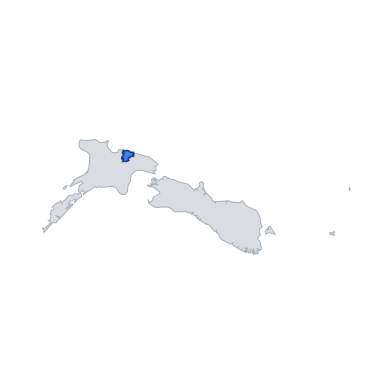 location of Central Hawke's Bay District, Hawke's Bay, New Zealand, rotated 255°
{"feature_id": "76426892B41441178851735", "entity_name": "Central Hawke's Bay District", "entity_type": "district", "adm_level": 2, "iso_a3": "NZL", "parent_name": "New Zealand", "parent_adm1": "Hawke's Bay", "projection": "equal_earth", "projection_center": [176.584, -40.056], "detail": "fine", "context": "in_parent", "style": "filled", "palette": "blue", "viewbox_px": 384, "rotation_deg": 255, "n_neighbors": 0, "source": "geoboundaries", "source_scale": "gbopen_adm2", "svg_char_len": 6063}
<svg xmlns="http://www.w3.org/2000/svg" viewBox="0 0 384 384"><g transform="rotate(255 192 192)"><path d="M198.9,160.6L200.4,160.7L207.0,155.6L209.8,154.5L210.5,154.3L209.1,155.9L209.4,157.0L207.9,160.5L209.2,159.9L210.0,157.5L210.9,157.0L210.5,155.7L214.5,156.1L213.2,158.6L211.1,160.0L212.4,160.1L215.5,157.6L215.4,159.0L211.5,163.2L212.8,165.5L211.8,167.4L212.9,167.2L214.4,168.6L213.6,170.5L209.3,175.3L208.7,177.8L204.9,182.0L200.8,189.9L193.0,194.9L194.5,196.3L191.8,198.2L194.0,197.9L195.6,200.9L199.0,201.8L199.4,204.6L197.1,205.4L194.9,204.1L191.7,204.6L192.7,203.5L191.3,202.7L189.0,205.1L185.5,202.2L187.5,205.5L180.8,209.3L178.0,209.6L177.0,211.6L175.4,211.8L176.4,212.4L174.5,222.7L172.6,222.6L174.4,223.8L174.2,224.8L172.0,227.8L169.2,235.6L170.4,237.4L170.3,238.7L164.7,240.7L156.7,249.9L149.3,251.2L145.0,250.2L140.1,250.8L139.2,248.2L137.4,246.8L133.0,246.9L130.8,244.0L128.9,243.3L126.8,244.8L119.9,244.5L118.6,244.1L118.3,243.0L120.8,240.1L118.5,241.7L117.4,241.5L118.4,240.2L118.2,239.0L115.4,240.2L115.5,237.7L121.7,236.0L119.2,235.8L119.0,234.9L121.3,233.0L118.1,233.2L118.5,231.0L120.3,231.0L119.6,229.3L123.4,231.0L122.8,229.5L124.2,229.0L121.6,227.9L121.4,226.2L122.7,225.0L124.4,225.5L123.2,224.1L126.2,221.2L127.0,223.4L127.1,220.3L130.8,217.3L132.5,218.5L131.7,215.7L138.0,208.7L141.6,206.8L143.6,207.2L146.9,205.0L148.4,205.8L147.8,204.2L148.2,203.5L156.7,199.4L156.7,198.1L157.6,197.9L157.0,197.5L161.8,193.1L163.9,193.4L162.6,192.1L164.6,190.9L166.6,191.8L165.4,190.4L167.3,189.6L168.2,190.8L168.2,189.0L171.1,185.5L171.8,188.3L172.1,187.9L171.9,185.1L173.9,181.7L175.5,181.0L174.7,180.0L177.5,169.6L180.7,168.3L183.5,165.1L185.3,159.3L185.8,154.9L187.5,151.6L192.3,147.4L196.4,147.4L193.5,147.8L193.2,150.0L194.1,151.8L197.1,153.1L198.9,160.6ZM194.9,40.3L199.4,48.4L201.7,45.9L202.0,47.8L206.4,50.0L207.1,49.2L210.7,51.4L211.3,54.2L213.7,53.3L216.9,59.4L216.4,60.9L217.4,63.0L214.9,63.3L220.5,72.5L219.8,75.8L220.8,78.0L219.5,82.1L221.8,83.3L222.6,82.3L227.4,84.9L228.6,88.7L230.7,88.6L229.9,79.4L228.5,77.0L229.5,75.5L232.5,80.4L233.8,80.2L235.2,84.2L236.8,92.8L238.7,95.5L237.6,95.1L237.4,95.8L238.4,96.5L247.4,100.9L254.2,102.8L258.0,101.1L260.3,97.6L264.2,94.9L267.7,95.1L271.3,97.4L269.3,102.2L267.5,112.7L263.6,115.7L262.7,121.0L263.4,123.2L262.6,124.9L261.0,122.6L257.5,122.0L251.5,124.6L249.8,127.2L249.6,130.5L251.9,132.5L248.3,141.1L246.2,143.4L236.9,159.5L228.0,166.4L226.8,165.7L226.1,163.0L222.3,163.1L222.5,160.0L222.1,159.7L220.6,161.4L219.0,160.8L225.9,149.2L227.1,143.4L225.8,140.3L223.8,137.4L217.9,135.0L214.9,132.0L209.3,129.7L207.7,128.2L207.0,126.3L208.0,123.1L211.1,121.2L215.4,120.0L218.1,116.9L219.6,106.9L221.3,103.3L220.7,101.0L222.4,99.4L219.7,93.0L220.2,91.1L219.4,90.8L217.7,86.7L218.7,86.6L219.7,88.8L220.6,87.0L222.3,86.5L220.3,84.0L217.9,84.7L216.1,83.9L214.8,80.0L212.2,75.8L212.9,75.7L215.1,77.8L215.8,76.2L214.4,73.7L214.9,71.3L213.2,69.9L213.0,71.4L210.0,69.1L208.3,65.3L208.4,67.3L211.8,72.9L210.9,74.0L210.3,73.4L201.3,58.6L204.2,54.6L202.4,55.4L200.8,57.9L200.0,56.8L199.4,54.9L197.2,52.5L198.2,51.0L198.2,49.1L191.3,38.8L196.0,38.3L194.9,40.3ZM134.7,252.3L137.3,255.7L136.0,255.5L136.0,256.2L138.6,257.0L138.7,258.5L129.7,261.5L132.9,255.8L132.5,252.4L134.7,252.3ZM116.2,316.9L117.1,319.0L114.2,317.9L112.7,318.4L114.8,316.4L115.0,314.2L117.1,314.5L116.2,316.9ZM230.2,70.1L230.7,73.0L227.9,70.9L227.8,69.4L228.5,68.3L230.2,70.1ZM209.4,153.4L207.6,154.4L208.0,152.2L210.0,150.8L209.4,153.4ZM118.3,235.1L118.2,236.3L115.6,235.8L117.5,234.4L118.3,235.1ZM154.6,344.6L155.4,345.3L154.1,345.7L152.7,344.5L154.6,344.6ZM120.9,227.1L121.6,229.2L119.8,228.2L120.9,227.1Z" fill="#d9dde1" stroke="#a8b0b8" stroke-width="1"/><path d="M239.5,132.8L239.4,133.2L239.3,133.3L239.4,133.8L238.9,135.2L238.8,135.7L238.7,135.9L238.6,136.3L238.7,136.6L238.5,136.8L238.6,137.0L238.5,137.3L238.6,137.5L238.6,137.8L238.4,137.9L238.4,138.0L238.7,138.5L238.8,138.7L238.8,138.8L239.1,138.5L239.3,138.6L239.5,138.6L239.8,138.6L239.9,138.8L240.2,138.8L240.2,139.0L240.3,139.0L240.5,139.1L240.6,139.3L240.8,139.5L241.0,139.5L241.3,139.7L241.3,139.8L241.3,140.0L241.2,140.3L241.2,140.5L241.3,140.5L241.3,140.4L241.5,140.5L241.6,140.8L241.9,140.9L242.0,140.9L242.0,141.0L241.9,141.3L241.9,141.5L241.8,141.8L241.9,142.1L242.0,142.1L242.0,142.4L242.1,142.5L242.1,142.8L242.1,143.0L242.3,143.1L242.4,143.3L242.3,143.7L242.2,143.8L242.3,143.9L242.2,144.0L242.3,144.0L242.5,144.1L242.0,144.6L242.3,144.6L242.2,144.7L242.2,144.8L242.3,144.9L242.5,144.9L242.6,145.2L242.8,145.1L242.9,145.3L243.0,145.4L243.1,145.5L243.3,145.5L243.5,145.5L243.6,145.3L244.4,145.7L244.5,145.4L244.8,145.6L244.9,145.8L244.9,145.7L245.4,145.8L245.4,145.7L245.5,145.4L245.5,145.2L245.7,144.8L245.7,144.7L245.8,144.5L245.9,144.2L246.0,144.1L246.0,143.9L245.9,143.8L245.9,143.7L246.0,143.4L246.2,143.0L246.1,142.9L246.3,142.7L246.6,142.5L246.7,142.4L246.8,142.4L247.3,142.1L247.5,142.1L247.6,141.9L247.9,141.6L248.0,141.5L248.1,141.4L248.1,141.2L248.3,141.0L248.3,140.9L248.4,140.7L248.5,140.7L248.7,140.4L248.7,140.2L248.9,139.8L249.0,139.7L248.9,139.6L248.8,139.4L248.8,139.2L248.9,138.7L249.0,138.6L249.1,138.4L249.2,138.2L249.2,137.9L249.3,137.8L249.3,137.7L249.5,137.3L249.5,137.2L249.7,136.9L249.9,136.7L249.9,136.4L250.0,136.3L250.0,136.2L249.3,136.1L249.2,136.2L249.2,136.3L248.4,136.3L248.5,136.0L248.5,135.6L248.3,135.5L248.2,135.6L247.9,135.5L248.0,135.4L247.9,135.2L248.0,135.2L247.9,135.1L247.9,134.9L247.7,134.9L247.6,135.1L247.4,134.9L247.2,135.1L247.0,135.3L246.9,135.4L246.8,135.5L246.8,135.8L246.7,135.7L246.6,135.8L246.3,135.9L246.1,135.9L246.0,135.7L246.0,135.4L245.9,135.3L245.8,135.2L245.6,135.1L245.3,135.1L245.1,135.0L244.8,134.8L244.7,134.6L244.4,134.5L243.6,134.2L243.4,133.9L243.5,133.8L243.4,133.8L243.5,133.7L243.4,133.7L243.5,133.6L243.6,133.4L243.5,133.2L243.4,133.1L243.2,133.0L243.0,132.9L242.9,132.8L242.5,132.7L242.3,132.8L242.2,132.8L242.1,133.1L241.8,133.3L241.9,133.5L241.8,133.8L241.7,134.4L241.5,134.2L241.4,134.2L241.2,133.9L240.6,133.9L239.5,132.8Z" fill="#3b82f6" stroke="#1e3a8a" stroke-width="1.5"/></g></svg>